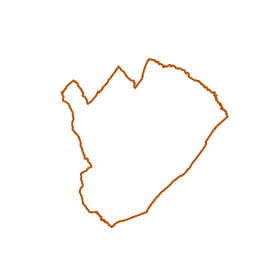 outline of Botesti, Arges, Romania, rotated 315°
{"feature_id": "2599482B8946792531978", "entity_name": "Botesti", "entity_type": "district", "adm_level": 2, "iso_a3": "ROU", "parent_name": "Romania", "parent_adm1": "Arges", "projection": "natural_earth1", "projection_center": [25.164, 45.018], "detail": "fine", "context": "isolated", "style": "outline", "palette": "amber", "viewbox_px": 256, "rotation_deg": 315, "n_neighbors": 0, "source": "geoboundaries", "source_scale": "gbopen_adm2", "svg_char_len": 5774}
<svg xmlns="http://www.w3.org/2000/svg" viewBox="0 0 256 256"><g transform="rotate(315 128 128)"><path d="M46.3,186.5L49.8,187.1L50.1,186.7L51.0,186.7L53.8,187.3L55.3,187.8L60.3,190.9L66.3,193.7L68.3,194.3L68.4,194.6L78.9,199.3L80.4,200.0L81.4,200.8L81.9,200.5L82.1,200.2L83.9,199.8L86.0,199.2L92.2,198.1L95.7,197.9L96.2,197.7L96.5,197.4L99.8,197.4L106.6,197.0L110.4,197.5L118.2,198.0L121.4,197.6L124.1,197.8L124.5,198.1L130.4,198.6L131.1,199.1L132.9,199.8L136.6,200.2L137.9,200.1L139.9,199.6L142.9,199.9L143.7,199.7L149.1,198.3L151.1,198.2L153.7,197.8L158.1,197.3L167.6,195.7L171.9,194.6L173.2,192.7L189.4,189.6L189.4,190.0L191.6,189.5L206.4,190.4L206.4,190.0L206.7,189.5L206.8,189.0L207.4,188.7L207.7,188.1L207.5,187.5L207.7,187.1L208.8,186.2L208.8,185.9L208.8,184.9L209.0,184.4L209.0,184.2L208.4,183.9L208.3,183.7L208.6,183.0L208.7,182.4L207.5,180.9L207.4,180.6L207.4,180.1L208.1,180.1L208.8,180.8L209.1,180.6L209.2,179.5L210.1,177.8L210.0,177.5L209.4,177.4L209.3,176.6L209.4,176.2L209.7,176.0L210.0,175.9L210.5,176.1L210.5,175.5L209.7,174.1L209.6,173.8L209.7,173.6L210.1,173.2L210.2,172.0L210.7,171.2L210.1,171.0L210.0,170.8L210.5,170.4L211.2,170.1L211.6,169.6L211.6,169.1L211.1,168.8L211.2,168.5L212.1,168.1L213.6,167.7L213.4,167.3L212.6,167.1L212.2,166.8L212.1,166.6L212.2,166.2L212.1,165.8L212.3,165.5L213.2,165.3L213.6,164.8L214.2,164.7L214.5,164.4L214.5,164.1L214.4,163.7L214.0,163.3L213.2,163.1L212.7,162.7L212.1,161.8L212.1,161.4L212.3,160.3L212.7,159.5L212.7,159.2L212.1,158.4L212.2,157.8L211.5,157.7L211.2,157.5L211.2,157.2L211.6,156.0L212.2,155.3L212.4,154.9L212.1,154.4L211.2,153.9L211.0,153.7L211.5,153.2L211.4,152.9L211.0,152.3L211.6,151.4L211.3,150.7L211.3,150.4L211.7,150.1L211.4,149.2L211.2,149.0L210.9,149.0L210.8,148.7L211.0,148.5L211.4,148.3L211.3,147.0L210.8,146.2L210.7,145.7L210.8,145.4L211.3,144.7L210.7,144.1L209.6,142.6L208.8,141.2L207.1,134.8L207.1,134.6L207.6,134.2L207.8,133.8L208.5,133.5L208.9,133.1L209.2,132.4L209.1,131.0L209.0,130.8L208.4,130.4L207.6,130.3L207.4,130.1L207.5,129.6L208.4,128.3L208.6,127.7L208.6,126.8L207.3,124.8L207.3,123.6L206.7,122.4L206.5,122.1L205.7,121.5L205.1,121.3L204.8,120.3L204.3,119.7L204.7,118.7L204.5,118.0L204.4,116.6L204.1,115.9L203.8,115.6L203.1,115.4L202.4,114.9L201.9,114.7L202.5,113.8L202.5,113.5L202.1,113.1L201.1,112.5L198.6,112.0L198.2,110.7L197.9,110.2L197.7,110.2L197.3,110.4L196.9,110.5L196.5,110.4L196.2,110.1L196.0,109.8L196.1,109.5L196.6,109.1L197.0,108.4L196.9,107.6L196.3,105.7L196.0,105.4L195.4,105.3L195.2,105.1L195.1,104.9L195.4,104.2L196.0,103.5L196.1,103.2L196.1,102.5L195.8,102.2L195.2,102.2L194.9,102.1L194.7,101.8L194.6,101.5L194.7,101.0L195.0,100.3L194.8,99.7L194.2,99.5L194.5,98.8L194.3,98.1L193.3,96.8L192.7,95.7L191.9,95.1L192.0,94.7L191.9,94.4L191.4,94.1L190.7,94.4L190.0,94.3L186.4,95.5L184.4,96.4L179.8,98.6L177.5,100.1L176.2,100.4L176.0,100.6L174.8,102.1L174.5,102.2L173.8,102.2L172.1,103.2L170.5,103.5L166.1,103.9L163.1,104.6L162.3,104.5L161.5,104.6L161.3,104.5L161.7,103.9L161.7,103.1L161.8,102.9L162.8,102.0L163.3,101.9L163.7,101.6L164.2,101.3L164.1,100.7L164.9,100.3L164.8,99.2L165.5,98.6L165.4,98.4L164.6,97.8L164.3,97.4L163.8,96.4L163.8,95.8L163.5,95.4L163.8,94.6L163.5,93.6L163.6,93.0L163.5,92.2L163.6,90.0L164.1,88.6L164.3,87.1L164.7,85.9L164.7,84.1L164.1,82.6L164.2,82.2L164.8,80.5L164.5,79.5L164.7,77.9L161.0,78.6L160.5,79.0L160.4,78.9L160.4,78.5L154.4,79.8L152.7,79.8L151.3,80.3L150.2,80.3L148.3,80.2L148.1,80.3L147.4,80.9L144.1,81.5L141.5,81.5L141.3,81.4L138.7,81.7L138.2,81.6L137.9,82.1L137.5,82.2L136.6,82.0L136.0,82.4L135.0,82.3L134.7,82.5L133.9,82.2L133.5,82.2L132.7,82.5L132.4,81.4L132.4,81.2L130.0,82.0L129.1,82.5L121.3,83.3L116.8,82.6L116.7,81.9L117.2,81.0L118.1,79.8L118.6,79.3L118.8,79.0L119.0,78.2L119.0,76.6L119.5,75.2L119.3,74.5L118.7,73.9L118.8,73.3L119.9,72.1L120.8,71.8L121.3,71.4L121.5,70.1L121.3,69.3L121.3,68.9L122.1,67.8L122.4,67.2L122.1,66.4L122.5,65.5L122.2,64.9L122.7,64.1L122.3,63.7L122.3,63.1L122.7,62.3L123.7,61.5L123.9,61.0L124.0,59.8L123.2,59.1L123.3,58.7L123.7,58.0L123.1,57.2L123.1,55.9L117.0,55.3L114.1,55.2L112.5,55.8L111.9,56.3L111.2,55.9L109.0,56.3L106.9,57.0L106.5,56.0L105.6,57.2L104.9,58.5L104.8,59.9L104.2,60.7L102.3,61.8L101.4,62.7L101.4,63.1L102.4,65.4L102.8,67.4L102.9,69.3L101.4,72.9L100.3,76.7L99.5,78.5L98.3,79.5L97.3,80.8L96.9,82.0L95.3,83.5L94.1,83.8L92.1,84.8L91.9,85.5L90.1,87.0L90.0,88.0L87.6,90.0L87.8,90.8L87.6,91.8L87.4,94.5L87.1,95.3L87.5,96.1L87.0,98.3L86.8,100.0L86.2,100.7L85.8,101.5L85.3,103.0L84.4,104.7L83.7,105.4L83.5,105.9L82.2,106.6L81.7,107.1L81.3,109.3L81.1,109.7L80.7,110.5L80.4,110.7L79.5,111.9L79.4,112.5L78.6,114.0L78.5,114.6L78.2,115.1L77.6,117.3L76.6,117.9L76.1,118.5L75.8,119.1L76.5,120.0L77.7,121.0L77.7,121.4L76.4,122.7L76.0,124.3L76.0,125.1L75.9,125.7L76.0,126.3L75.5,128.0L75.6,128.5L74.6,129.5L72.5,128.7L70.9,128.3L70.1,128.6L69.2,128.4L68.5,128.7L66.6,128.2L64.9,127.4L62.3,127.0L60.7,129.2L60.4,129.7L58.9,130.8L58.3,131.4L57.1,134.1L56.4,135.4L55.8,136.2L54.9,137.1L52.1,137.1L51.6,137.2L50.3,138.2L49.0,138.6L48.5,139.4L47.7,141.4L47.2,142.3L46.7,143.7L44.9,146.8L43.4,148.6L42.9,149.3L42.6,150.3L42.8,152.7L42.7,153.8L42.6,154.2L42.1,155.2L42.0,155.7L41.7,156.4L41.8,157.8L41.5,159.0L41.5,160.2L42.1,161.3L42.4,161.9L43.2,162.3L44.0,163.2L45.3,164.3L45.8,164.3L46.6,165.5L46.7,166.1L46.1,166.5L45.7,166.6L45.7,167.1L46.4,167.9L46.4,168.2L45.9,168.9L45.8,169.4L46.1,170.3L45.7,170.6L45.5,171.1L46.3,172.1L45.1,172.8L45.1,173.5L44.9,173.8L44.4,173.6L44.1,174.1L44.2,174.5L44.7,175.1L45.0,175.3L45.7,175.5L45.8,175.7L45.4,176.1L45.4,176.8L46.2,177.1L46.2,177.4L45.3,178.2L45.2,178.6L45.4,179.1L46.4,179.6L46.4,180.0L46.3,180.4L46.6,181.4L46.3,182.1L45.8,182.6L45.7,183.1L45.7,183.4L46.4,184.2L46.1,186.1L46.1,186.3L46.3,186.5Z" fill="none" stroke="#b45309" stroke-width="2"/></g></svg>